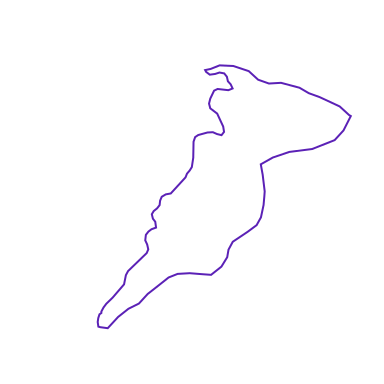 outline of Jaerong, Hwanghae-namdo, North Korea, rotated 222°
{"feature_id": "82179303B97817957609730", "entity_name": "Jaerong", "entity_type": "district", "adm_level": 2, "iso_a3": "PRK", "parent_name": "North Korea", "parent_adm1": "Hwanghae-namdo", "projection": "natural_earth1", "projection_center": [125.668, 38.438], "detail": "fine", "context": "isolated", "style": "outline", "palette": "violet", "viewbox_px": 384, "rotation_deg": 222, "n_neighbors": 0, "source": "geoboundaries", "source_scale": "gbopen_adm2", "svg_char_len": 1429}
<svg xmlns="http://www.w3.org/2000/svg" viewBox="0 0 384 384"><g transform="rotate(222 192 192)"><path d="M135.2,237.0L138.4,241.1L151.0,252.1L159.4,258.6L155.0,271.7L146.5,286.9L131.5,304.3L120.7,326.0L120.6,339.1L124.8,354.7L126.8,354.3L139.5,354.4L160.7,347.9L171.3,343.6L181.9,341.4L198.9,332.7L207.4,324.1L218.0,319.7L230.7,319.8L245.6,313.3L256.2,304.6L260.5,295.9L263.8,291.4L261.9,290.7L257.3,291.1L253.8,295.2L251.5,299.2L247.4,301.7L243.2,301.0L239.4,298.3L235.3,297.9L231.1,296.1L233.1,292.0L241.9,285.7L243.4,282.1L240.9,273.6L238.5,269.1L234.4,266.4L225.7,267.1L212.6,261.5L208.4,258.1L208.1,254.0L212.2,251.8L216.5,250.4L220.3,246.6L225.5,238.5L226.4,234.9L224.5,230.4L214.0,218.3L208.8,210.4L208.1,206.4L208.0,202.3L206.6,198.5L206.8,176.7L209.9,172.7L211.3,168.2L209.9,164.2L207.3,160.6L207.0,156.5L207.7,152.2L207.4,150.7L207.0,148.6L203.2,146.0L199.4,145.3L194.9,141.5L197.2,137.2L197.9,133.4L197.6,129.3L194.4,124.8L190.2,123.0L186.1,120.1L184.8,116.3L186.6,90.5L185.5,86.0L180.7,77.9L180.3,60.4L180.9,51.6L180.5,47.1L179.4,42.6L178.4,41.4L178.9,39.2L177.3,35.6L175.1,32.3L171.5,29.3L169.8,30.1L163.5,34.4L163.4,41.0L163.3,49.7L161.1,62.7L156.8,73.6L156.7,86.6L156.3,88.8L154.4,99.7L152.2,112.8L147.9,121.5L139.4,130.1L130.9,136.6L122.4,143.2L120.2,156.2L122.2,167.1L126.3,173.6L128.4,182.3L124.0,199.7L121.8,210.6L123.8,219.3L130.1,230.2L135.2,237.0Z" fill="none" stroke="#5b21b6" stroke-width="2"/></g></svg>